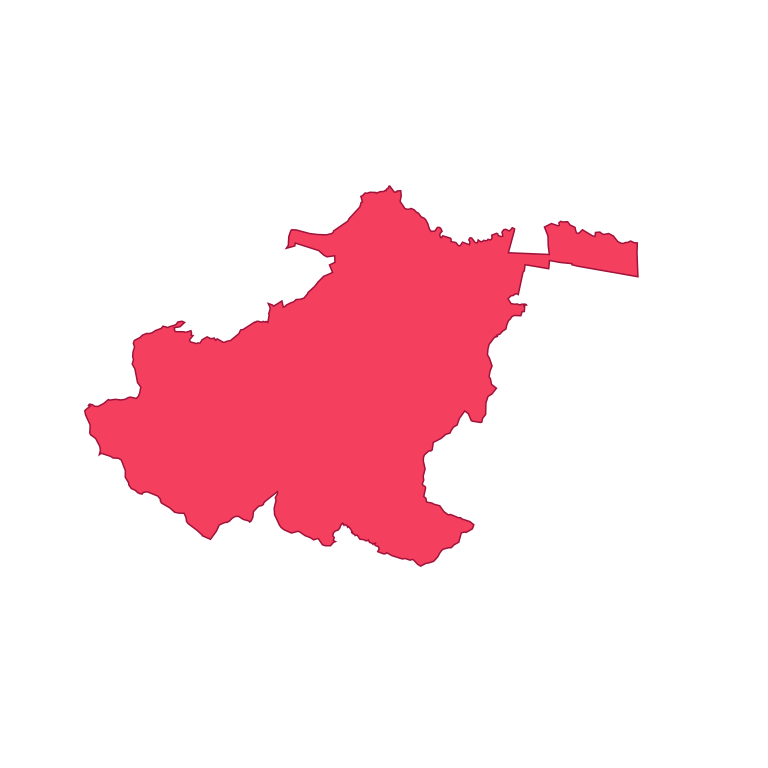 Rasnov, Brasov, Romania (Equal Earth projection), rotated 66°
{"feature_id": "2599482B99347531874723", "entity_name": "Rasnov", "entity_type": "district", "adm_level": 2, "iso_a3": "ROU", "parent_name": "Romania", "parent_adm1": "Brasov", "projection": "equal_earth", "projection_center": [25.475, 45.557], "detail": "fine", "context": "isolated", "style": "filled", "palette": "rose", "viewbox_px": 768, "rotation_deg": 66, "n_neighbors": 0, "source": "geoboundaries", "source_scale": "gbopen_adm2", "svg_char_len": 6167}
<svg xmlns="http://www.w3.org/2000/svg" viewBox="0 0 768 768"><g transform="rotate(66 384 384)"><path d="M539.2,450.2L544.1,446.5L551.3,438.4L552.1,435.5L555.5,431.9L555.8,429.5L556.9,428.5L562.4,426.6L565.3,424.6L564.9,418.7L565.7,415.7L566.2,410.8L563.9,405.4L560.9,401.5L559.3,398.5L559.0,396.9L559.9,391.6L560.9,389.2L559.4,385.3L558.9,380.0L551.5,374.0L551.9,370.9L553.0,369.2L552.3,362.4L551.6,361.5L549.1,359.2L544.6,361.5L538.9,367.8L537.4,368.3L536.2,370.7L531.4,375.1L530.0,376.8L529.8,378.5L524.9,381.2L517.9,382.6L514.2,387.2L512.2,388.7L509.2,393.1L505.4,392.2L502.9,393.4L495.9,388.3L494.8,388.1L491.6,389.8L490.7,389.5L488.0,386.8L484.3,385.8L478.3,381.0L470.3,379.4L467.2,377.8L465.3,376.1L463.4,370.4L464.2,368.4L463.8,366.8L457.4,362.7L456.9,353.9L455.1,348.0L455.7,343.7L453.7,341.5L451.6,338.0L451.2,333.9L446.1,329.1L441.5,321.2L445.5,319.0L452.8,319.2L453.9,318.4L458.4,311.5L458.6,310.2L455.4,307.8L453.1,303.5L442.8,298.6L437.6,294.0L437.1,289.6L433.6,283.0L428.1,285.9L422.3,284.6L420.1,285.1L415.3,281.8L411.6,278.0L403.7,277.2L399.4,277.6L394.3,274.8L390.6,271.9L386.4,264.3L386.1,262.5L386.6,262.5L386.6,261.1L385.4,261.0L385.6,257.9L384.0,254.3L383.4,250.3L380.1,247.9L376.8,244.6L376.1,242.4L374.5,239.8L374.3,237.3L377.3,231.2L374.1,228.4L374.9,226.3L370.1,223.8L369.5,224.6L368.6,224.0L369.8,221.7L369.5,221.7L368.4,222.7L367.0,226.0L367.2,227.5L365.0,229.9L364.3,232.1L362.3,235.2L356.6,236.0L355.1,232.2L355.7,229.8L355.2,228.1L355.5,226.0L356.9,225.0L338.5,211.6L337.7,209.8L332.4,206.6L345.7,186.6L338.5,182.6L344.9,173.2L350.5,163.3L351.5,163.8L355.1,159.2L389.3,108.4L367.2,99.6L358.2,95.2L356.6,98.1L353.7,100.5L353.8,103.4L352.9,106.3L353.0,108.1L351.8,110.2L349.0,112.5L342.0,114.3L337.9,117.6L336.8,122.3L335.8,123.5L333.0,125.0L331.6,129.2L335.0,131.2L333.6,133.2L323.8,140.0L325.4,144.2L325.1,145.9L324.3,146.6L322.4,146.6L318.6,145.8L314.3,149.4L310.4,150.3L308.7,154.8L307.3,156.3L307.8,158.6L310.4,159.3L310.1,160.8L305.5,165.8L305.9,173.6L315.5,174.0L324.1,177.6L332.9,180.3L314.7,217.0L297.1,202.7L295.3,201.6L293.4,203.3L294.8,205.8L295.0,207.5L292.1,209.9L291.8,212.0L293.3,214.5L297.1,215.2L297.3,216.4L295.1,219.2L293.0,219.1L292.1,219.9L291.9,225.1L294.1,225.7L295.5,227.1L295.5,228.6L294.1,230.1L294.8,231.5L294.6,232.6L293.3,234.5L293.8,236.2L293.6,237.6L290.7,239.4L292.7,241.0L292.8,241.9L291.8,243.2L286.4,244.5L285.5,245.7L285.7,246.7L286.9,247.9L289.3,247.8L291.5,249.3L286.4,254.6L288.6,258.0L288.0,259.7L284.0,260.8L281.2,264.8L278.6,263.7L277.6,264.2L272.5,270.1L273.7,272.2L272.9,272.8L270.4,272.5L269.0,271.0L268.1,268.8L264.6,268.9L263.2,270.1L262.7,271.5L264.9,275.2L263.9,278.7L261.2,279.5L255.2,278.8L251.0,279.1L249.0,279.8L246.4,282.1L241.8,283.1L240.3,284.5L237.1,285.6L235.1,287.4L234.5,288.2L234.7,289.2L233.9,291.5L232.4,293.5L223.7,295.0L219.1,291.7L214.2,290.1L213.0,293.6L213.7,294.4L212.8,296.6L205.5,298.2L205.4,299.2L206.7,300.2L206.8,301.7L208.2,303.7L207.6,304.1L208.0,306.0L206.8,308.9L206.5,313.2L205.7,313.6L203.1,318.9L202.9,321.8L201.8,323.6L203.2,327.0L203.2,328.8L208.9,329.7L208.8,331.0L212.5,334.1L218.7,348.5L220.5,350.9L223.7,367.9L224.8,368.7L225.3,370.3L224.3,376.0L220.3,384.1L216.4,390.6L207.5,401.6L205.6,405.6L205.9,406.6L210.4,410.9L218.5,415.1L220.3,418.0L221.6,409.4L219.2,407.7L235.5,389.4L241.9,386.5L244.6,384.4L246.8,376.9L252.9,379.3L253.1,385.4L261.2,385.6L261.1,395.3L263.9,402.6L266.6,407.5L269.5,416.2L270.6,417.3L273.0,422.3L272.5,426.1L271.1,429.9L272.2,433.3L271.9,436.6L272.2,441.3L272.9,442.8L272.7,444.7L266.6,443.5L268.0,453.1L266.3,453.9L263.4,457.0L267.7,457.0L269.3,457.6L273.0,460.8L274.2,460.8L280.5,465.1L278.9,466.3L278.9,467.7L277.6,469.0L277.8,470.7L275.6,473.2L274.9,475.2L275.4,476.2L274.8,477.0L276.9,490.5L276.3,493.0L279.0,496.1L281.9,506.7L281.0,510.3L281.1,512.5L280.5,513.9L274.9,518.0L275.6,519.9L272.8,520.5L272.9,521.8L271.9,524.0L269.0,526.4L269.6,532.2L271.8,535.5L270.8,537.4L270.8,538.8L267.0,543.5L265.3,544.0L264.5,543.5L262.1,538.8L260.9,540.3L259.1,539.1L256.8,538.7L256.2,544.0L254.8,545.7L251.4,553.1L250.4,553.5L247.3,552.8L248.7,547.0L246.7,541.1L244.5,543.0L243.5,547.1L244.9,549.5L245.1,551.4L244.4,556.5L244.6,558.3L241.3,562.4L242.6,564.9L242.2,570.9L242.9,575.2L242.3,578.4L241.3,580.0L241.1,584.7L242.3,588.0L242.7,594.4L245.0,596.5L248.7,596.8L252.7,600.3L256.9,602.5L259.9,603.0L263.4,605.9L268.8,605.4L282.5,608.6L287.8,607.4L292.8,610.8L295.4,613.5L296.4,616.2L292.8,621.0L292.4,623.0L292.7,626.7L291.6,630.8L288.7,635.7L287.2,641.1L286.1,642.1L287.8,648.1L288.2,654.4L286.6,657.5L284.3,658.8L282.6,661.3L283.5,662.7L284.7,661.5L286.5,668.0L287.3,668.4L290.9,669.2L301.9,669.1L309.2,672.7L311.1,672.7L316.4,669.6L325.5,669.0L329.3,670.1L332.8,672.8L332.3,670.5L338.9,663.2L341.4,661.6L343.8,656.8L346.7,654.9L357.9,655.5L364.0,658.3L370.3,657.5L372.5,658.2L376.7,657.4L379.9,654.5L383.0,653.2L385.0,651.5L386.2,649.6L385.1,648.1L386.2,644.1L394.4,636.2L398.5,635.1L399.5,635.8L402.2,635.7L410.3,629.9L415.9,627.5L418.3,624.3L420.8,619.2L425.6,619.2L429.2,620.3L431.9,619.7L441.5,614.4L448.3,611.4L448.7,611.7L455.3,605.7L450.3,597.0L445.8,591.9L445.7,586.6L446.6,583.1L446.3,580.7L444.9,577.4L444.5,573.9L445.6,570.9L450.5,567.6L454.1,563.2L455.5,562.9L455.1,561.2L452.5,558.1L447.7,555.3L446.8,553.6L444.7,548.3L445.3,545.2L445.0,543.2L443.8,542.3L442.9,540.3L439.0,525.2L440.9,525.8L443.6,529.5L446.3,529.9L452.7,534.8L458.8,537.1L470.6,536.9L473.3,536.3L476.5,534.6L482.5,529.2L483.5,523.0L484.3,521.5L490.4,517.8L494.3,513.9L497.8,511.6L498.2,507.3L498.7,506.9L505.9,505.6L508.0,503.2L510.0,498.6L508.1,494.5L508.2,492.5L506.4,493.9L503.9,491.9L501.8,492.5L499.5,490.9L498.5,488.4L498.8,485.3L497.5,482.8L495.8,481.4L494.3,478.6L495.6,478.3L494.6,478.0L496.5,477.7L497.8,475.6L500.2,475.4L499.9,474.3L503.5,473.4L505.6,473.4L506.4,474.0L506.9,473.8L506.7,473.0L508.0,473.4L509.6,472.0L510.7,472.1L510.8,471.0L511.6,469.8L515.9,469.2L518.5,465.1L519.7,464.7L520.5,462.5L520.1,461.8L522.9,461.6L524.2,460.0L526.0,459.3L525.4,458.6L526.0,456.6L527.1,457.8L528.1,457.6L530.0,455.5L532.3,455.3L534.6,457.9L539.0,453.5L539.7,451.8L539.2,450.2Z" fill="#f43f5e" stroke="#9f1239" stroke-width="1.5"/></g></svg>